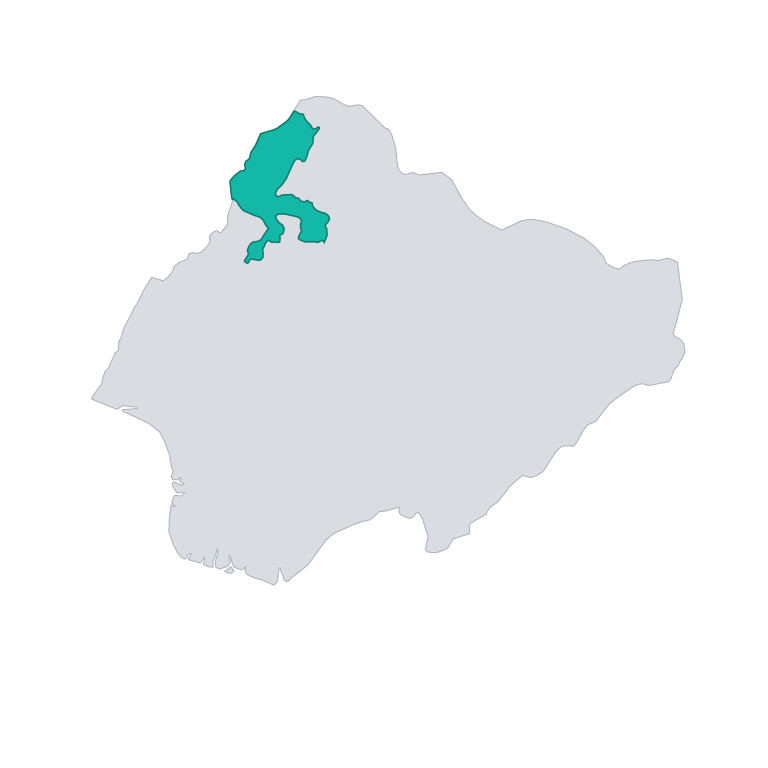 Kebbi highlighted on a map of Nigeria, rotated 25°
{"feature_id": "NGA-2879", "entity_name": "Kebbi", "entity_type": "State", "adm_level": 1, "iso_a3": "NGA", "parent_name": "Nigeria", "parent_adm1": "", "projection": "natural_earth1", "projection_center": [4.708, 11.664], "detail": "fine", "context": "in_parent", "style": "filled", "palette": "teal", "viewbox_px": 768, "rotation_deg": 25, "n_neighbors": 0, "source": "natural_earth", "source_scale": "10m", "svg_char_len": 6305}
<svg xmlns="http://www.w3.org/2000/svg" viewBox="0 0 768 768"><g transform="rotate(25 384 384)"><path d="M598.4,149.5L618.6,181.3L623.0,204.9L624.7,216.5L628.0,217.9L634.2,218.5L638.7,220.8L641.5,224.7L643.2,228.3L643.5,230.4L642.4,244.6L640.9,249.7L641.8,256.7L641.6,259.6L640.9,261.7L638.1,264.0L634.4,266.3L625.5,273.0L622.9,274.0L619.1,274.2L615.9,275.9L612.0,279.5L603.8,293.0L596.7,306.6L591.6,328.6L585.4,335.5L584.3,341.6L583.4,355.3L582.4,359.4L581.4,360.6L574.6,363.2L570.7,366.4L568.4,372.6L565.6,393.7L564.5,397.2L562.3,400.8L558.9,404.8L555.9,407.0L548.1,408.4L540.7,424.3L540.7,427.1L537.4,441.5L531.8,452.4L531.4,459.4L524.3,468.9L520.6,475.4L524.5,482.2L524.8,483.3L512.6,494.8L511.8,496.6L511.3,504.5L510.4,506.7L508.1,509.6L504.8,512.8L501.5,515.3L497.7,517.0L494.0,517.7L492.0,516.7L490.8,514.3L488.7,504.5L487.6,502.4L485.3,500.5L475.8,489.8L470.0,486.0L468.8,486.3L467.9,487.3L466.2,492.7L464.6,494.7L461.6,495.4L456.4,495.5L452.6,494.7L451.7,493.6L449.8,489.4L438.1,499.2L434.0,501.4L428.8,512.9L421.4,518.7L416.3,523.7L402.7,539.4L399.9,544.0L397.2,550.9L391.4,580.5L382.0,598.9L380.8,602.8L380.2,602.7L379.0,604.4L375.3,603.3L373.7,599.9L371.4,599.3L367.5,594.3L366.7,595.1L370.8,607.9L369.3,612.9L357.7,613.0L347.8,614.6L341.0,614.5L337.5,612.7L336.0,607.9L335.4,608.4L335.1,611.0L332.9,613.0L325.2,613.4L321.8,610.1L319.1,606.4L316.1,604.8L316.6,606.4L320.0,609.9L319.6,615.0L313.4,621.0L309.5,621.3L307.0,618.7L305.8,614.6L305.1,608.4L303.5,604.4L302.6,604.4L303.7,611.1L303.8,617.3L306.7,622.2L302.2,623.7L296.8,623.9L296.1,622.1L295.4,618.0L294.5,617.0L293.3,623.8L282.2,625.7L280.6,625.4L280.3,624.1L281.1,622.3L281.0,619.2L278.5,621.6L278.1,626.3L276.7,627.0L272.5,626.4L267.8,623.9L260.3,618.0L251.1,608.3L249.6,604.0L247.0,598.6L242.2,583.9L243.0,583.3L245.2,584.1L246.2,582.7L242.4,581.7L241.6,580.6L241.3,577.3L241.5,573.4L247.3,571.3L248.6,568.9L249.4,566.5L242.3,570.1L235.6,566.0L234.1,563.5L234.8,561.5L242.6,561.4L245.3,559.5L243.7,558.8L240.7,558.9L239.6,557.7L239.7,554.7L238.7,555.3L237.5,558.0L233.0,560.0L230.3,558.0L230.0,553.6L229.5,551.6L227.2,550.1L219.3,538.5L209.4,528.9L200.6,522.2L187.2,519.0L159.3,519.1L157.8,518.2L159.5,516.7L161.9,515.7L170.9,510.3L169.4,509.6L160.1,512.9L156.9,513.3L152.7,519.8L125.3,521.2L125.3,518.2L126.6,509.7L128.3,503.8L126.4,496.7L126.0,490.2L127.1,488.2L127.5,485.8L127.3,469.2L128.7,466.8L128.8,465.1L125.9,458.0L126.0,452.6L125.4,447.4L124.5,445.0L125.6,424.8L125.3,419.8L126.2,416.2L126.6,407.5L126.6,399.0L128.4,385.5L140.2,383.7L143.1,378.4L144.7,371.7L144.2,365.1L148.0,359.3L152.6,354.2L152.4,348.5L153.7,346.8L155.9,345.5L159.0,344.8L162.6,342.0L164.5,337.1L166.4,329.2L163.4,323.7L163.5,322.5L164.6,319.5L166.5,316.6L167.9,315.6L171.3,316.4L172.4,315.2L174.6,306.5L174.4,304.2L171.3,298.3L169.5,282.6L168.6,280.5L166.2,277.7L159.6,266.6L159.7,261.3L162.5,254.6L164.3,251.3L166.8,249.5L167.3,248.0L166.6,246.1L165.3,244.7L165.0,241.6L166.3,237.4L165.9,232.8L166.6,209.1L171.9,204.4L179.7,196.6L183.6,188.5L185.7,182.4L188.3,162.0L192.5,159.8L200.2,152.4L210.8,148.1L217.7,146.7L229.7,147.6L235.8,146.8L241.0,142.8L243.3,141.7L246.6,141.0L276.7,151.6L279.4,151.1L281.7,151.8L285.4,154.6L294.3,164.5L303.6,179.8L306.5,183.0L309.4,184.8L312.3,185.5L314.6,185.2L316.7,183.8L319.6,180.9L324.0,179.5L327.6,179.8L346.3,168.1L348.1,167.9L359.6,170.5L375.3,182.2L388.1,189.9L397.1,192.5L407.7,194.3L425.7,194.8L439.2,178.4L444.2,174.8L450.2,171.5L462.8,168.5L483.8,166.4L503.4,167.3L515.7,170.1L528.6,175.5L534.2,180.7L542.9,181.5L549.1,180.5L551.1,175.4L557.3,168.7L566.7,162.5L574.3,158.1L580.6,156.2L586.2,151.2L590.7,149.6L598.4,149.5ZM325.9,619.9L321.7,621.5L318.9,621.1L322.7,614.4L324.7,615.8L327.1,616.4L325.9,619.9Z" fill="#d9dde1" stroke="#a8b0b8" stroke-width="1"/><path d="M168.6,280.6L168.2,280.5L167.2,279.4L159.4,266.7L158.8,265.4L158.7,264.2L159.6,261.5L159.8,260.7L160.4,258.4L163.4,252.5L164.3,251.4L166.6,249.8L167.1,249.2L167.4,248.1L167.2,247.1L166.7,246.2L165.6,244.9L165.3,244.6L165.1,244.1L164.9,243.6L164.7,240.7L164.9,239.9L165.4,239.2L166.1,238.3L166.8,236.6L166.6,234.9L165.6,231.2L165.6,229.0L166.8,222.3L166.4,209.7L166.5,209.1L176.0,201.0L178.8,197.9L185.8,185.4L187.2,174.6L187.5,174.5L190.8,174.4L193.6,174.9L195.2,174.0L196.7,173.7L198.1,174.9L199.4,176.3L202.1,178.1L205.0,179.4L206.6,179.8L208.1,180.5L209.5,181.6L211.1,182.5L212.7,182.6L214.1,181.7L214.7,180.4L215.6,179.2L216.7,178.7L217.4,179.8L217.3,181.4L216.7,182.9L216.5,183.8L216.5,184.8L216.3,185.6L216.1,186.3L215.6,188.2L215.3,190.2L216.8,193.1L217.8,196.3L217.4,199.9L217.0,201.8L216.8,203.7L218.1,211.9L217.9,215.7L216.0,216.8L213.0,215.7L209.9,216.6L208.4,219.8L208.6,239.3L207.2,247.2L205.2,251.9L204.9,256.8L206.3,258.6L208.2,259.3L210.1,258.0L211.7,255.8L219.9,251.5L220.8,251.3L221.7,251.5L222.4,252.0L223.0,251.8L223.4,251.6L224.1,252.1L224.6,252.9L225.5,252.8L226.4,252.1L228.1,251.8L229.9,252.5L230.6,253.2L231.5,253.4L233.8,252.8L234.8,252.7L235.6,252.2L235.9,251.0L236.7,250.1L237.7,250.1L238.6,250.6L239.6,250.6L242.1,250.2L243.1,251.2L243.8,252.7L247.5,254.5L250.1,255.2L256.7,254.7L257.4,254.2L258.1,254.0L261.3,254.6L263.0,255.3L265.0,257.6L264.8,261.0L263.7,264.8L264.6,266.4L266.3,267.2L269.6,273.2L270.0,281.0L268.7,280.0L267.2,280.1L266.5,280.7L265.4,282.1L265.0,282.9L263.8,283.9L262.3,284.1L260.8,284.5L253.3,288.2L250.4,288.8L246.1,288.8L244.9,288.3L244.4,286.5L244.3,284.6L244.5,280.7L243.9,279.0L242.5,278.0L240.9,274.7L240.3,270.9L237.7,269.2L234.6,269.1L221.7,272.0L215.8,275.1L215.0,278.3L217.8,280.7L220.9,282.2L224.3,282.8L225.0,282.8L225.6,283.2L225.9,284.1L226.5,284.5L227.7,284.9L228.2,286.4L228.6,288.4L228.8,290.5L226.7,293.5L228.4,296.1L229.4,299.4L228.2,300.5L225.2,301.5L222.2,303.1L219.2,302.6L217.8,303.2L217.1,306.6L217.3,310.4L217.1,312.1L217.4,313.8L219.4,316.9L220.8,320.3L219.7,323.7L218.4,324.7L216.9,325.3L211.9,326.5L210.4,327.1L209.9,328.9L209.9,330.9L209.3,332.3L206.4,332.1L205.3,331.0L206.0,327.2L206.3,323.6L205.3,322.4L204.2,321.4L203.5,319.7L203.4,317.7L203.6,314.0L205.3,310.7L210.3,307.4L210.4,306.5L211.5,305.3L211.8,304.6L211.9,303.7L211.9,301.8L213.3,292.7L213.3,291.5L210.5,290.5L205.2,286.5L200.8,285.2L196.3,285.9L184.4,286.3L182.1,286.0L177.2,283.4L173.4,280.7L169.4,280.1L169.1,280.5L168.6,280.6Z" fill="#14b8a6" stroke="#0f766e" stroke-width="1.5"/></g></svg>